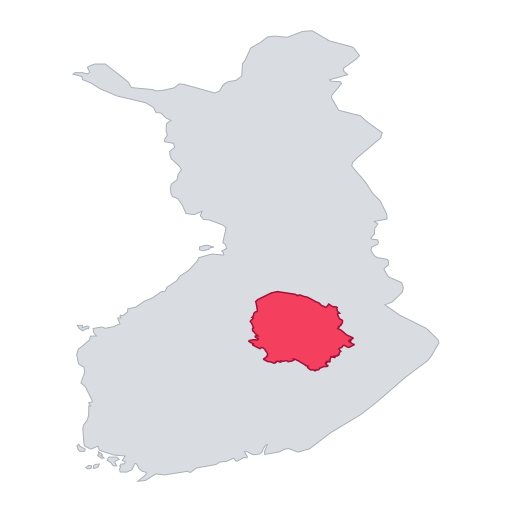 Northern Savonia on a map of Finland (Natural Earth projection)
{"feature_id": "FIN-3178", "entity_name": "Northern Savonia", "entity_type": "Province", "adm_level": 1, "iso_a3": "FIN", "parent_name": "Finland", "parent_adm1": "", "projection": "natural_earth1", "projection_center": [27.676, 63.147], "detail": "fine", "context": "in_parent", "style": "filled", "palette": "rose", "viewbox_px": 512, "rotation_deg": 0, "n_neighbors": 0, "source": "natural_earth", "source_scale": "10m", "svg_char_len": 7324}
<svg xmlns="http://www.w3.org/2000/svg" viewBox="0 0 512 512"><path d="M186.0,213.6L182.5,205.5L177.9,198.6L172.7,196.7L171.1,194.0L170.3,188.4L171.4,184.1L177.0,179.9L178.1,174.3L181.4,169.8L179.9,166.8L171.2,158.6L170.1,155.9L169.7,151.4L174.8,147.3L173.5,143.3L164.3,141.7L164.7,139.2L167.4,135.0L166.1,131.5L166.4,123.8L171.0,120.4L165.6,117.7L160.6,112.8L156.1,112.6L153.4,107.4L145.5,102.7L117.4,96.1L100.2,88.9L91.1,83.0L82.5,79.6L81.9,76.5L73.0,74.1L74.9,72.7L81.9,72.6L87.7,73.9L89.8,72.2L87.5,67.7L88.0,66.6L94.7,64.0L105.4,64.0L128.0,81.8L131.4,87.6L153.1,89.6L155.5,90.9L161.4,90.6L174.2,87.9L179.1,83.9L183.8,84.3L214.8,93.0L219.6,91.0L222.6,85.7L225.1,83.3L228.7,81.5L235.9,80.5L241.7,76.1L242.5,63.7L245.2,60.1L250.7,48.0L260.4,42.5L267.6,36.9L274.6,36.1L287.2,37.3L302.4,31.5L312.1,30.7L329.2,40.8L353.1,47.2L359.5,55.6L356.4,58.9L343.6,68.2L343.2,70.6L347.6,74.7L329.5,79.8L330.8,81.1L340.4,81.8L341.5,83.6L331.7,95.4L331.4,97.5L338.6,110.3L360.5,115.8L366.6,121.5L382.2,132.7L380.7,137.9L357.6,157.4L352.4,162.8L351.8,166.2L365.3,181.9L372.4,193.0L380.4,201.1L386.8,214.4L387.1,219.0L374.3,221.5L377.9,223.9L374.8,228.1L374.4,234.1L370.9,238.0L371.6,239.1L377.8,239.9L378.4,242.5L377.8,244.2L371.5,247.2L370.9,250.3L374.3,255.7L377.1,257.5L387.0,259.3L388.3,260.7L388.7,264.6L384.2,268.4L384.2,269.9L388.5,276.9L401.6,282.6L403.1,286.8L403.0,289.7L402.3,292.2L392.4,301.8L384.9,304.9L399.8,315.2L426.4,328.4L438.0,339.7L439.0,342.8L430.7,357.0L427.3,360.9L406.0,376.8L375.7,403.0L360.5,414.7L330.9,432.5L309.4,448.9L297.6,452.1L288.5,448.5L283.9,449.4L279.5,451.8L264.8,454.5L264.3,451.8L267.4,444.7L266.1,444.8L263.5,448.2L262.0,452.0L259.2,454.0L253.1,454.8L247.2,451.7L244.3,451.7L247.3,456.4L247.1,457.7L243.9,457.5L237.2,461.1L235.7,461.1L233.7,458.1L226.5,461.4L219.9,462.0L215.9,464.5L196.1,468.1L190.6,472.4L186.9,471.4L164.8,474.9L155.7,474.0L145.5,480.4L137.8,481.3L145.9,474.6L146.3,472.3L142.2,471.2L139.2,468.8L136.4,463.8L134.8,463.5L132.0,469.8L126.7,472.1L120.2,472.0L119.5,469.2L120.7,466.6L119.7,466.2L120.7,464.1L124.1,463.9L125.0,462.9L125.0,461.7L122.3,460.5L125.1,456.0L113.5,455.0L99.4,450.3L97.8,446.2L90.9,449.1L84.8,446.1L84.0,444.3L82.8,429.3L83.5,425.1L87.3,420.0L88.7,415.0L88.8,405.8L90.8,405.8L88.6,402.8L91.9,402.0L92.4,401.0L85.2,386.4L80.9,383.0L84.7,372.5L84.4,370.1L83.8,367.1L78.5,363.9L76.7,354.5L78.3,349.3L89.6,339.9L90.3,336.2L96.4,335.9L93.7,332.6L93.0,328.5L101.9,327.0L105.2,328.3L113.0,326.8L120.0,323.8L117.6,318.1L121.1,317.9L120.0,316.6L120.3,315.1L123.0,315.7L127.6,311.8L127.8,308.8L135.6,307.2L144.7,301.0L152.8,297.7L161.4,291.6L165.1,291.3L167.0,287.2L176.5,281.0L180.0,276.0L188.9,270.3L197.7,260.4L198.7,257.7L211.9,254.0L223.7,255.1L223.4,252.6L221.7,251.1L226.6,248.5L225.6,244.6L222.8,242.6L226.1,227.8L222.6,224.9L209.0,219.9L203.4,219.4L200.3,215.7L202.0,211.2L194.4,214.6L186.0,213.6ZM108.8,457.1L116.9,457.1L119.0,459.5L115.3,461.0L115.0,462.9L116.8,465.8L113.2,465.8L110.8,462.5L107.0,460.3L108.8,457.1ZM208.7,249.3L203.6,250.8L199.5,249.8L199.5,247.0L206.7,245.1L213.9,247.2L210.3,247.7L208.7,249.3ZM82.5,325.3L82.1,327.7L87.0,326.0L88.9,326.7L88.6,328.8L86.9,328.4L82.9,330.9L79.3,328.7L77.2,325.3L82.5,325.3ZM85.2,449.2L84.6,451.3L79.8,451.4L77.9,449.3L77.0,445.8L78.9,444.2L80.0,446.2L85.2,449.2ZM104.1,458.0L101.5,458.2L98.0,455.9L97.5,455.0L99.0,454.5L98.4,451.9L101.2,453.3L102.6,455.0L101.1,455.4L104.1,458.0ZM98.1,466.9L94.5,468.5L93.1,468.1L93.6,465.5L95.7,464.3L99.3,464.1L98.1,466.9ZM90.8,468.4L87.6,468.9L85.8,467.5L88.7,465.5L91.1,465.6L91.5,466.9L90.8,468.4Z" fill="#d9dde1" stroke="#a8b0b8" stroke-width="1"/><path d="M277.5,291.6L295.2,294.3L296.0,294.7L296.9,295.5L297.2,295.6L297.8,295.6L298.7,295.5L299.1,295.2L298.9,295.1L299.9,295.0L300.8,295.2L304.0,296.5L307.5,297.2L316.6,302.1L317.9,302.5L319.2,303.1L321.5,305.5L324.1,306.4L324.7,307.0L325.3,307.4L326.2,307.1L326.9,306.5L327.5,305.8L328.2,304.9L328.6,304.1L329.7,304.6L331.7,306.2L332.5,306.6L335.3,306.8L336.3,307.0L336.8,307.2L337.2,307.6L336.6,308.4L337.2,309.9L337.5,311.1L338.2,312.1L339.1,312.6L339.6,313.2L339.2,313.2L338.4,313.3L337.7,313.6L337.4,313.9L337.6,314.7L337.9,315.2L338.4,316.2L338.7,317.2L339.2,318.2L339.9,318.9L340.8,319.5L342.3,320.2L342.6,320.8L342.5,321.3L342.4,321.6L342.4,322.7L342.2,323.2L341.8,323.8L340.6,324.7L340.5,325.0L340.8,325.2L340.9,325.3L340.7,325.5L338.9,326.4L338.7,326.6L339.2,326.8L339.1,327.1L337.7,328.3L338.6,328.9L339.6,329.3L341.3,330.3L346.7,335.0L352.8,337.7L353.0,338.5L352.6,338.8L350.7,339.4L350.2,339.7L350.0,340.1L350.7,340.6L350.9,340.7L350.7,340.9L350.4,341.0L349.8,340.9L349.2,340.7L348.9,340.5L348.7,340.9L349.0,341.3L349.5,341.8L350.6,342.2L351.4,343.2L352.4,343.8L354.1,344.4L353.9,344.9L349.6,347.1L348.5,347.4L346.9,346.9L345.5,345.9L344.0,345.3L343.1,345.5L342.2,346.9L341.6,347.5L339.8,348.1L338.8,349.1L340.8,351.4L340.3,351.7L340.0,351.9L339.6,352.4L339.3,353.2L339.0,353.8L338.5,354.5L337.9,355.0L337.7,355.2L337.6,355.3L338.3,355.3L337.8,355.7L337.1,356.0L333.6,356.2L333.1,356.4L335.0,356.9L335.0,357.4L334.5,357.6L334.2,357.3L331.4,357.0L330.8,356.6L330.6,356.9L330.7,357.0L330.8,357.0L330.4,358.8L330.1,359.4L329.7,359.6L329.3,360.1L330.0,360.7L330.2,361.2L329.9,361.8L329.1,361.9L326.6,361.4L326.3,361.6L326.4,361.9L326.9,362.1L327.0,362.3L327.0,362.6L326.7,362.7L326.4,362.7L326.0,362.8L325.5,363.0L325.3,363.2L325.4,363.5L325.7,363.6L326.1,363.9L326.4,364.3L326.5,364.7L326.7,365.0L327.7,365.4L327.9,365.5L327.7,366.1L327.2,366.4L326.0,366.6L324.8,366.5L323.8,366.6L319.6,368.3L319.1,369.1L318.8,369.7L317.7,369.9L315.5,369.9L315.0,370.1L315.8,370.1L315.7,370.6L315.3,370.8L314.6,370.7L313.8,370.2L312.9,369.7L312.4,369.9L311.1,369.9L310.8,370.0L308.2,368.2L307.5,367.3L308.2,366.2L307.2,365.9L305.6,365.6L305.7,365.3L305.7,365.2L304.9,364.8L300.5,362.2L299.3,361.3L298.7,361.1L297.6,360.5L297.0,360.4L296.9,360.3L296.2,359.8L295.1,359.4L294.9,359.3L293.7,359.1L293.8,359.2L294.1,359.8L293.8,360.1L293.6,360.2L292.2,360.9L291.3,361.2L290.5,361.2L288.7,361.7L288.0,361.7L287.9,361.4L287.2,360.9L286.6,360.7L285.9,360.6L284.0,361.2L282.8,361.3L281.1,360.9L280.6,360.9L280.2,361.0L280.2,361.7L280.5,362.1L279.9,362.1L277.5,361.2L276.8,361.2L276.1,361.6L275.7,361.9L275.4,362.3L275.5,362.4L275.8,362.5L275.3,362.9L274.7,363.1L273.6,363.1L271.6,362.3L270.7,361.8L268.3,361.7L267.3,361.4L263.8,359.5L263.6,359.0L267.1,356.4L267.6,355.8L267.5,355.6L267.3,355.6L267.2,355.6L267.5,355.1L267.6,354.4L267.2,353.0L266.4,351.6L265.6,350.9L265.2,350.1L265.0,349.5L264.5,348.9L263.3,348.1L262.2,347.5L261.4,347.5L260.7,348.2L260.0,348.7L259.5,348.5L253.0,345.2L252.6,344.6L253.4,344.0L253.5,343.9L252.8,343.4L250.5,342.5L249.4,341.8L248.8,341.2L249.3,340.5L253.4,339.7L255.4,339.8L256.8,340.1L257.1,340.1L257.8,339.6L258.3,339.1L258.1,338.5L257.5,338.4L256.5,338.0L255.6,337.4L255.3,337.0L255.2,336.2L255.5,336.0L256.4,335.8L257.9,335.9L257.5,335.4L256.5,334.8L255.2,333.4L254.1,332.1L252.7,330.9L252.5,329.5L252.5,328.6L252.7,328.2L253.5,328.0L253.6,327.5L252.9,326.2L251.8,323.5L251.0,322.4L250.5,322.0L250.3,321.2L250.7,320.7L252.9,318.5L253.1,317.9L252.4,317.4L252.0,317.3L253.1,316.2L253.4,315.8L253.5,315.2L253.9,313.6L254.2,313.0L254.9,312.2L255.8,311.8L257.2,311.4L257.3,309.9L256.1,302.8L255.6,301.7L257.7,299.6L271.4,292.9L277.5,291.6Z" fill="#f43f5e" stroke="#9f1239" stroke-width="1.5"/></svg>